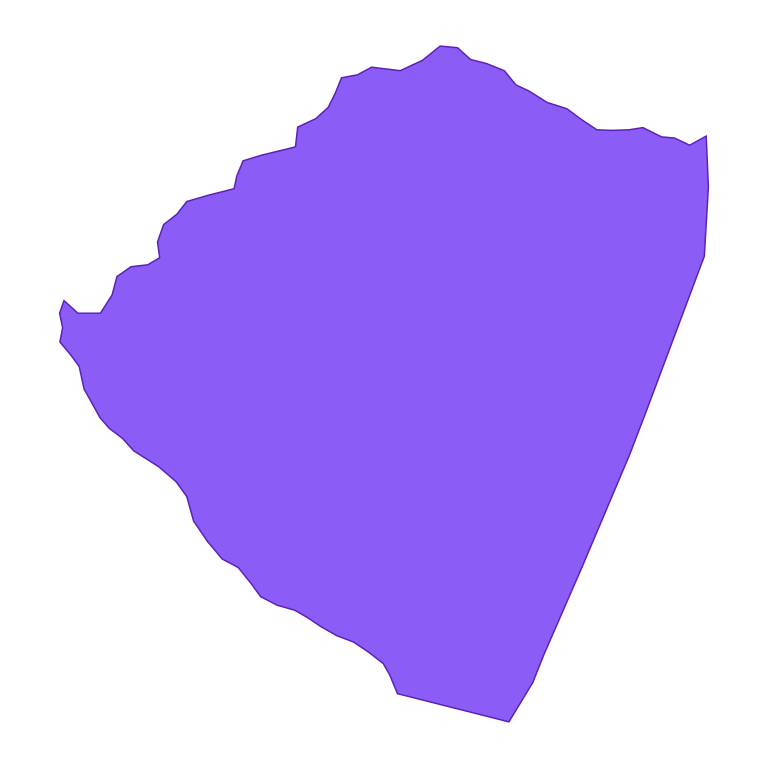 outline of Cubati, Paraíba, Brazil
{"feature_id": "56859067B17679769535138", "entity_name": "Cubati", "entity_type": "district", "adm_level": 2, "iso_a3": "BRA", "parent_name": "Brazil", "parent_adm1": "Paraíba", "projection": "mercator", "projection_center": [-36.342, -6.865], "detail": "fine", "context": "isolated", "style": "filled", "palette": "violet", "viewbox_px": 768, "rotation_deg": 0, "n_neighbors": 0, "source": "geoboundaries", "source_scale": "gbopen_adm2", "svg_char_len": 1119}
<svg xmlns="http://www.w3.org/2000/svg" viewBox="0 0 768 768"><path d="M706.2,136.1L689.6,145.2L674.4,138.0L661.6,136.9L642.9,127.6L629.0,129.8L611.6,130.4L596.9,129.8L580.9,119.2L567.0,108.8L547.2,102.5L529.3,91.2L515.9,84.9L504.3,70.7L486.6,63.6L470.6,59.5L457.5,47.7L440.1,46.1L422.5,60.3L400.2,70.7L371.6,67.2L357.5,74.8L341.5,77.8L335.2,93.4L328.2,107.4L315.9,118.6L297.7,127.1L295.5,146.8L282.5,150.1L262.1,155.0L243.1,160.8L236.8,176.1L234.1,188.7L209.1,195.0L186.8,201.5L177.0,214.1L163.7,224.5L157.5,242.0L159.7,257.7L147.7,264.8L131.1,266.7L117.0,276.5L112.1,294.9L100.4,313.2L77.9,313.2L64.0,300.6L59.6,313.2L62.6,327.7L59.9,342.0L71.1,355.4L79.2,366.6L84.1,389.0L100.1,417.8L109.4,428.5L122.4,438.3L133.8,450.9L158.8,466.8L176.2,481.8L186.8,496.6L193.6,521.0L207.5,541.5L222.2,559.0L238.2,567.5L251.0,583.4L260.8,596.8L277.3,605.3L294.7,610.2L308.0,617.9L320.5,626.4L336.8,635.7L353.4,642.0L368.1,651.8L383.3,663.6L389.8,675.1L397.5,693.7L508.9,721.9L532.8,682.5L543.9,654.6L582.8,565.3L629.5,455.0L646.4,410.9L704.3,256.3L708.4,186.8L706.2,136.1Z" fill="#8b5cf6" stroke="#5b21b6" stroke-width="1.5"/></svg>